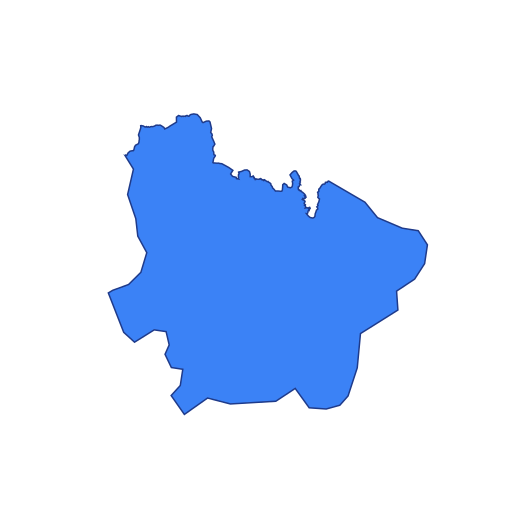 outline of Aksy, Jalal-Abad, Kyrgyzstan, rotated 149°
{"feature_id": "92254566B91870042144057", "entity_name": "Aksy", "entity_type": "district", "adm_level": 2, "iso_a3": "KGZ", "parent_name": "Kyrgyzstan", "parent_adm1": "Jalal-Abad", "projection": "orthographic", "projection_center": [71.846, 41.557], "detail": "fine", "context": "isolated", "style": "filled", "palette": "blue", "viewbox_px": 512, "rotation_deg": 149, "n_neighbors": 0, "source": "geoboundaries", "source_scale": "gbopen_adm2", "svg_char_len": 5399}
<svg xmlns="http://www.w3.org/2000/svg" viewBox="0 0 512 512"><g transform="rotate(149 256 256)"><path d="M155.1,282.8L155.7,283.0L156.9,282.4L157.9,283.2L158.1,283.1L158.7,283.3L159.2,282.6L160.1,282.3L161.4,283.0L162.5,283.0L163.4,282.7L166.7,281.1L167.7,281.0L168.4,279.9L168.8,279.2L169.1,278.9L169.5,278.9L169.8,279.0L170.1,279.0L170.4,278.9L170.5,278.6L170.6,277.9L170.7,277.4L171.0,276.9L171.3,276.6L171.4,276.2L171.4,275.8L171.6,275.6L172.8,274.5L172.6,273.1L172.4,272.8L172.2,272.2L174.1,270.2L176.8,268.3L176.8,267.4L177.2,267.1L178.6,266.8L178.5,266.2L178.4,265.5L178.9,264.4L180.5,264.2L182.2,262.7L183.4,261.8L184.6,260.3L185.2,259.5L186.5,259.1L187.8,259.3L189.0,260.4L189.8,261.2L190.5,263.2L190.7,264.5L190.7,264.9L190.8,265.0L190.9,266.1L190.7,265.9L189.4,266.3L188.4,267.5L187.4,268.1L187.1,268.3L187.0,268.2L186.9,267.8L186.5,268.2L186.2,268.3L186.0,268.7L185.7,268.9L185.1,268.9L185.0,269.2L185.0,269.5L184.9,269.7L184.9,270.0L185.2,270.2L185.7,270.2L186.0,270.2L186.1,269.9L186.3,269.7L186.6,270.1L187.0,270.6L187.3,271.0L187.6,271.3L188.2,271.5L188.5,271.6L189.0,271.8L188.3,272.2L187.8,273.7L188.2,274.3L187.7,274.4L187.3,274.6L187.5,275.0L187.6,275.5L187.8,276.0L187.7,276.2L187.1,276.7L186.9,276.9L186.5,277.2L186.0,277.2L185.8,277.8L186.2,279.1L186.7,279.7L187.1,280.4L187.2,280.7L186.7,280.8L186.4,280.7L186.2,281.2L185.9,281.0L185.5,280.6L185.3,280.5L185.1,280.3L184.9,280.3L184.5,280.2L184.2,280.2L184.2,280.6L183.8,281.1L182.8,280.7L182.7,281.0L183.0,281.8L183.4,282.9L182.8,283.1L182.4,282.9L182.5,284.1L183.2,286.5L183.6,287.3L184.2,288.5L183.8,288.9L183.8,289.0L184.1,289.1L184.6,289.3L184.7,289.5L184.8,289.5L185.1,289.9L184.9,290.3L184.9,290.6L185.4,291.0L185.2,291.9L184.7,292.3L184.5,293.1L184.1,293.5L183.8,293.3L183.4,293.3L183.0,293.6L182.8,293.7L182.5,293.9L182.4,294.0L181.9,294.4L181.5,294.5L181.1,294.2L181.1,294.6L181.3,294.9L181.4,295.7L181.2,295.9L180.9,295.9L180.6,296.0L180.4,296.3L180.2,296.5L179.9,296.6L180.0,297.1L178.8,298.1L178.2,299.4L178.2,299.8L178.7,299.9L178.7,300.2L178.0,301.9L177.8,302.2L178.0,302.8L178.1,303.2L178.0,304.1L177.9,307.9L178.6,308.8L179.7,309.3L182.0,309.0L185.1,308.0L185.3,303.7L184.7,301.7L186.4,301.5L187.2,299.3L188.7,297.4L189.5,296.7L191.3,296.7L193.4,298.8L193.1,301.1L194.5,303.7L196.4,303.3L197.5,301.6L199.4,299.0L200.5,298.3L201.6,298.8L203.0,299.9L204.2,300.7L205.9,301.7L206.2,303.9L206.7,305.8L206.4,307.1L206.6,309.2L206.1,310.3L206.6,311.9L207.2,312.7L207.3,313.7L208.1,313.9L208.5,314.7L209.5,317.1L209.8,317.3L210.1,317.3L210.2,317.1L210.2,316.6L210.3,316.6L210.5,316.6L211.1,317.9L211.7,318.7L211.9,318.7L211.9,319.7L212.1,319.9L212.3,319.9L212.4,320.1L212.6,320.1L212.8,320.2L213.2,319.9L214.1,320.3L215.8,321.5L216.2,322.1L216.9,321.7L217.3,321.9L217.1,322.4L217.2,322.9L217.2,323.0L217.4,323.1L217.5,323.2L217.2,323.9L217.1,324.1L217.2,324.4L217.5,324.4L217.5,324.5L217.4,324.6L217.3,324.8L217.1,325.1L217.2,326.1L218.1,326.0L218.7,326.1L220.1,327.0L218.8,329.2L218.1,331.8L219.3,334.4L221.6,335.6L225.0,336.0L227.7,336.9L227.9,336.5L227.8,335.9L228.0,335.4L228.3,335.1L228.9,335.0L229.4,334.3L229.9,333.6L230.2,333.0L230.5,332.2L231.1,331.7L231.2,331.2L231.2,330.9L231.3,331.0L231.4,331.4L231.5,331.6L231.9,331.7L232.4,331.8L232.9,332.5L232.5,333.2L232.5,333.7L235.1,336.3L235.5,339.4L231.7,341.3L233.8,346.0L234.7,347.5L235.6,349.1L236.7,350.9L237.6,352.5L238.2,353.1L239.4,353.9L240.1,354.8L241.6,355.6L243.5,357.0L244.4,357.6L244.8,358.1L244.8,358.3L244.1,359.1L243.5,359.7L243.0,360.4L242.4,361.0L241.6,361.7L240.0,362.4L239.2,362.9L239.1,363.4L239.4,363.8L239.9,364.5L238.7,366.9L238.6,368.9L237.7,370.4L236.5,371.8L236.4,371.9L235.9,371.9L233.6,373.1L233.5,374.2L233.2,375.7L232.6,381.0L231.4,381.8L230.9,383.3L231.2,385.2L228.5,388.1L226.4,394.6L226.8,396.0L229.2,397.2L232.7,397.6L233.1,398.7L232.6,403.2L233.5,407.5L236.1,409.8L238.8,410.8L239.7,410.9L240.5,410.7L241.0,410.6L241.5,410.3L241.9,410.6L242.4,411.3L242.7,412.0L243.0,412.1L243.5,412.1L244.0,412.3L244.5,412.0L245.0,412.5L245.4,412.7L246.3,413.0L246.5,413.2L246.5,413.5L247.1,413.7L247.4,413.8L247.8,413.8L248.0,414.2L248.3,414.3L250.0,416.3L252.7,416.0L255.2,411.7L263.1,411.7L264.8,411.5L266.9,411.7L268.8,411.9L268.7,413.6L269.9,416.1L270.6,417.4L271.6,418.0L272.6,418.4L273.3,419.1L274.6,419.7L275.9,419.6L277.3,419.9L277.6,420.0L277.9,420.1L278.4,420.4L278.9,420.8L279.2,420.9L280.1,421.2L280.9,421.2L281.3,421.5L281.7,422.3L282.4,422.3L282.7,422.4L283.0,423.0L283.2,423.3L283.5,423.1L283.8,423.2L283.8,423.4L284.5,423.7L285.0,424.2L285.2,424.7L285.7,425.6L286.2,426.0L286.6,426.3L287.0,426.8L287.7,427.1L288.6,425.4L290.1,424.0L290.9,423.3L294.4,420.3L294.6,419.4L294.9,417.8L296.1,415.8L296.8,415.1L297.5,414.1L298.4,413.2L299.3,412.8L302.2,413.0L303.9,412.1L305.2,410.7L306.1,409.8L307.0,409.5L307.7,409.9L309.9,410.7L312.4,410.3L314.9,408.8L315.7,409.6L316.3,408.8L316.5,409.1L316.3,393.6L334.4,374.8L339.8,349.9L347.1,333.9L347.9,315.1L363.1,301.3L379.9,297.2L396.5,300.4L401.6,300.4L408.7,258.7L404.5,244.7L381.3,245.1L372.0,237.5L376.2,224.5L384.6,218.6L386.0,204.0L377.1,196.6L387.6,184.0L400.6,180.1L399.0,157.1L370.7,159.2L354.2,142.4L313.8,121.3L290.6,122.3L288.6,98.5L274.6,88.7L261.0,84.9L249.2,88.6L226.8,108.0L206.4,135.7L162.2,136.6L153.6,153.5L131.9,154.5L115.4,162.6L103.3,177.3L103.9,194.1L116.3,204.5L132.1,226.3L134.9,246.0L155.1,282.8Z" fill="#3b82f6" stroke="#1e3a8a" stroke-width="1.5"/></g></svg>